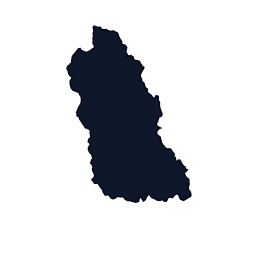 Santa Tereza de Goiás, Goiás, Brazil, rotated 130°
{"feature_id": "56859067B61245198999160", "entity_name": "Santa Tereza de Goiás", "entity_type": "district", "adm_level": 2, "iso_a3": "BRA", "parent_name": "Brazil", "parent_adm1": "Goiás", "projection": "mercator", "projection_center": [-48.989, -13.559], "detail": "fine", "context": "isolated", "style": "filled", "palette": "ink", "viewbox_px": 256, "rotation_deg": 130, "n_neighbors": 0, "source": "geoboundaries", "source_scale": "gbopen_adm2", "svg_char_len": 3806}
<svg xmlns="http://www.w3.org/2000/svg" viewBox="0 0 256 256"><g transform="rotate(130 128 128)"><path d="M125.0,206.9L125.2,203.1L127.1,202.7L129.1,202.5L130.4,201.5L132.0,199.8L133.9,197.1L134.3,194.4L133.9,193.0L133.2,191.2L132.8,190.0L132.4,188.3L133.1,186.8L133.8,185.6L133.9,184.2L136.0,182.0L137.2,181.1L138.8,180.0L141.1,179.4L143.7,179.0L145.6,178.5L146.9,177.9L149.1,177.5L149.5,176.1L150.9,175.5L151.4,174.3L150.2,173.0L151.9,171.5L152.6,169.2L153.2,167.1L153.9,165.3L154.2,163.6L154.7,162.2L155.3,160.6L153.9,159.6L154.4,158.2L153.8,157.0L154.1,155.2L156.4,153.5L157.8,151.6L159.5,150.2L160.7,150.8L162.4,150.5L164.1,149.6L164.1,147.9L164.3,146.3L166.0,146.1L168.5,145.6L170.3,144.0L171.2,141.7L171.5,140.0L171.4,138.5L172.7,137.3L173.1,136.0L174.0,135.1L176.2,135.3L177.4,134.2L178.7,134.3L179.1,132.0L180.0,129.7L182.0,129.0L183.3,127.6L184.9,124.0L186.5,122.4L188.8,122.2L190.9,122.4L191.1,119.8L191.8,118.2L190.9,116.7L189.8,116.1L188.7,115.4L189.8,114.4L190.7,112.0L191.1,110.5L191.4,107.7L192.9,106.1L194.0,102.3L192.2,100.9L191.6,99.2L192.3,96.9L192.4,95.5L191.8,94.0L190.2,93.0L188.7,92.6L187.4,92.3L186.4,91.2L185.8,89.8L185.0,88.9L183.9,87.7L183.8,85.9L184.3,84.4L184.0,82.5L183.4,80.9L182.0,79.7L181.7,78.3L180.8,76.6L180.3,75.0L179.0,73.7L177.3,72.8L174.9,74.2L173.4,74.1L172.0,73.7L173.2,71.7L173.6,70.6L174.1,69.3L172.9,68.9L171.4,68.9L169.4,69.5L167.4,69.7L165.8,69.9L165.1,68.3L165.6,67.1L165.8,65.0L164.9,62.1L164.5,59.3L163.7,58.1L162.9,57.0L161.8,56.4L160.7,55.8L160.7,53.3L159.4,51.6L157.8,52.0L155.9,52.6L153.9,51.7L152.8,49.3L150.9,49.3L149.7,49.1L148.2,49.3L146.9,48.0L146.4,46.6L147.0,45.3L147.9,43.8L148.7,42.1L148.2,40.4L147.9,39.0L146.7,38.5L144.5,37.8L142.5,37.2L140.7,36.3L139.2,36.5L137.8,38.0L136.5,40.3L136.5,42.2L135.6,43.0L134.5,43.7L133.4,45.9L132.5,44.6L131.3,45.6L130.1,46.9L129.1,47.7L128.2,48.6L128.6,51.0L127.7,53.9L126.6,55.5L124.7,56.4L123.6,55.6L121.9,55.8L122.6,57.4L121.2,59.3L121.6,60.9L121.1,62.9L120.4,64.9L120.0,66.1L119.3,67.4L119.9,68.6L121.9,68.7L122.5,70.0L121.5,71.5L120.2,72.9L120.9,74.0L120.5,75.2L119.0,75.2L118.0,76.6L117.9,78.0L117.4,80.0L116.8,81.5L117.5,83.0L118.9,84.4L119.3,86.6L118.6,89.2L118.7,90.5L118.2,91.6L117.7,93.3L116.5,94.4L115.3,96.4L114.3,97.3L114.4,98.6L114.3,99.9L114.8,101.6L113.3,102.7L112.1,104.2L110.7,103.8L108.7,104.0L107.1,103.1L107.6,105.0L107.8,106.7L107.2,108.9L104.2,109.6L101.5,110.7L100.3,111.5L97.5,110.2L95.6,110.7L94.4,112.9L93.2,114.8L92.2,116.5L90.9,118.0L90.0,119.0L88.6,119.9L87.9,121.1L87.4,122.6L85.9,123.9L84.3,125.3L85.2,127.2L86.9,126.9L88.3,126.5L88.9,128.1L88.6,129.7L88.1,131.2L88.3,133.6L88.3,135.6L87.8,136.8L86.6,137.6L85.7,138.6L86.1,140.2L85.4,141.8L84.3,143.4L83.5,144.5L83.4,145.7L84.0,147.3L82.6,148.2L81.8,149.2L81.1,151.0L80.4,152.1L79.1,152.9L77.5,153.5L76.1,153.8L74.6,154.1L73.0,154.2L71.4,154.8L71.7,157.1L70.9,158.6L70.9,160.1L69.9,161.2L69.9,163.0L71.6,165.6L72.0,167.3L71.1,168.8L70.3,169.7L70.7,170.9L70.5,172.2L71.6,173.0L72.4,174.0L74.2,174.5L72.2,175.7L71.9,177.6L70.6,179.0L69.3,179.7L67.1,180.8L66.5,183.4L67.0,184.6L67.7,185.8L67.5,187.4L66.2,188.1L65.3,190.0L65.3,191.3L64.2,192.9L64.0,194.3L62.9,195.5L62.0,197.5L62.7,199.4L63.0,201.5L64.1,202.4L65.6,203.7L66.0,205.0L66.5,206.4L66.4,207.8L67.6,208.8L68.4,209.9L69.6,211.7L68.6,213.8L69.7,215.2L70.7,216.1L71.1,218.2L72.3,219.7L73.8,218.8L74.7,217.2L76.5,216.0L78.3,215.2L79.2,213.6L80.9,212.9L82.6,211.7L83.4,210.7L84.6,210.1L85.6,209.1L86.3,207.5L87.4,205.2L89.2,205.7L91.5,206.3L93.4,206.6L94.8,207.4L96.4,208.0L97.7,210.0L98.1,211.7L98.5,213.3L98.6,214.5L97.9,215.7L99.0,216.7L108.8,216.6L110.5,215.6L112.0,214.8L113.2,213.9L114.6,213.0L116.0,213.5L117.4,212.7L118.6,213.9L120.0,213.6L121.3,213.3L122.0,212.1L122.7,210.3L124.3,208.6L125.0,206.9Z" fill="#0f172a" stroke="#020617" stroke-width="1.5"/></g></svg>